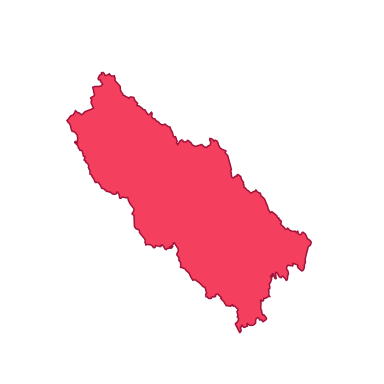 map outline of Tver' (Natural Earth projection), rotated 62°
{"feature_id": "RUS-2358", "entity_name": "Tver'", "entity_type": "Region", "adm_level": 1, "iso_a3": "RUS", "parent_name": "Russia", "parent_adm1": "", "projection": "natural_earth1", "projection_center": [34.924, 57.251], "detail": "fine", "context": "isolated", "style": "filled", "palette": "rose", "viewbox_px": 384, "rotation_deg": 62, "n_neighbors": 0, "source": "natural_earth", "source_scale": "10m", "svg_char_len": 6069}
<svg xmlns="http://www.w3.org/2000/svg" viewBox="0 0 384 384"><g transform="rotate(62 192 192)"><path d="M312.3,129.2L313.3,130.7L313.4,131.3L313.0,132.3L308.8,133.9L307.3,133.8L306.6,133.0L305.5,133.4L302.4,136.3L303.9,137.1L304.5,138.0L303.4,139.1L302.8,140.6L301.6,141.4L302.5,143.3L303.2,144.1L305.4,144.7L306.9,144.4L309.7,145.3L310.7,146.7L313.5,148.5L314.4,149.7L314.4,150.0L314.0,150.4L312.5,150.3L309.3,151.3L308.7,152.0L309.4,153.7L308.3,154.5L307.1,154.8L304.9,154.7L302.6,155.0L302.4,155.8L302.7,156.4L304.6,156.9L306.0,157.7L307.6,158.0L307.9,158.4L307.6,159.2L306.0,159.2L303.3,158.7L302.0,159.0L301.8,159.5L302.8,160.2L304.0,160.2L304.6,160.8L304.3,161.3L303.1,161.7L303.4,162.3L306.2,162.5L308.8,165.3L309.5,167.0L312.3,167.8L313.9,168.8L313.7,169.6L314.1,170.2L316.4,171.0L318.7,172.5L320.8,172.4L320.1,173.9L320.4,176.4L319.7,178.5L321.3,179.8L321.5,180.7L321.2,181.3L319.7,181.9L319.7,182.3L322.3,183.1L327.2,186.1L329.3,186.2L331.2,187.0L333.6,187.2L334.0,187.1L334.1,186.2L334.3,186.1L338.4,185.5L339.0,185.8L339.6,187.2L339.9,190.3L337.6,190.6L336.8,192.3L334.2,192.4L333.9,192.8L333.7,194.5L335.4,196.2L337.6,197.4L338.3,199.7L338.0,201.6L336.7,203.8L334.1,204.9L334.2,205.3L334.6,205.5L336.4,206.1L336.1,209.4L335.7,209.9L333.0,210.4L333.1,210.8L334.0,211.4L334.3,212.7L337.3,213.6L338.5,215.1L338.4,215.9L328.9,215.7L328.5,215.3L328.3,213.7L327.2,211.6L325.9,210.5L325.1,210.3L323.5,210.7L322.7,209.4L318.9,208.5L318.4,208.1L317.9,206.7L316.8,206.6L312.7,207.9L312.2,209.1L310.6,209.0L310.3,209.7L311.0,210.3L310.6,211.2L310.9,211.7L309.2,213.7L308.6,215.1L303.7,215.4L299.5,216.6L299.1,215.6L298.7,215.6L295.4,216.9L294.9,216.7L293.9,217.8L293.6,218.9L295.3,220.3L294.6,221.0L295.1,221.8L294.0,223.0L294.1,223.7L294.9,224.8L294.8,225.7L293.7,227.3L291.6,227.9L291.1,228.8L288.7,227.9L288.2,226.6L282.2,225.3L281.0,226.6L276.3,227.9L271.4,230.2L270.8,230.8L270.3,232.7L266.6,233.0L262.7,232.6L258.1,234.2L256.5,234.2L255.3,235.4L254.4,235.8L253.5,237.3L252.8,237.5L252.0,236.6L248.7,235.2L246.3,235.7L243.7,234.4L240.4,234.9L239.3,234.2L238.0,232.1L235.7,230.9L229.0,231.4L228.5,231.6L228.3,232.2L229.3,233.1L230.0,235.1L231.1,234.6L231.9,236.3L231.6,237.1L230.5,236.5L229.9,237.2L230.0,237.5L230.8,237.9L231.0,238.4L230.3,240.3L230.8,241.9L229.3,242.7L226.9,242.6L224.7,243.1L224.4,244.0L225.4,244.9L225.3,245.9L223.7,247.1L223.2,248.3L222.2,249.3L223.6,250.7L223.4,251.8L222.8,252.2L220.9,252.3L218.9,253.6L217.2,256.4L217.1,257.6L214.2,257.1L212.4,255.8L211.5,255.8L203.3,257.4L201.9,256.7L200.7,256.6L198.1,258.7L195.6,259.1L185.4,254.2L183.4,255.2L182.8,254.9L181.7,252.7L180.0,251.3L178.6,251.2L173.9,252.2L169.5,252.1L166.9,251.3L166.4,251.6L166.3,252.8L163.9,255.5L163.7,256.2L164.2,257.5L163.8,258.5L162.9,258.6L160.2,257.6L157.2,257.7L156.8,258.3L157.9,259.6L158.0,260.2L157.5,261.8L156.2,263.2L153.5,264.3L153.2,265.2L152.3,265.7L151.4,267.1L147.4,268.5L146.9,269.5L146.2,270.0L142.7,269.7L139.8,270.3L139.1,270.9L138.5,272.5L137.4,273.0L134.2,272.5L131.7,273.0L130.0,272.5L128.4,273.7L124.9,272.0L123.6,272.2L121.4,271.9L120.9,271.2L119.3,270.7L117.3,271.0L115.9,271.8L114.5,271.3L114.0,272.0L113.1,272.3L110.9,270.0L108.9,271.1L107.5,270.3L106.0,270.2L104.6,269.7L103.5,269.9L102.9,271.1L102.5,271.4L100.3,271.3L99.6,271.7L98.3,271.1L97.2,271.1L93.3,272.3L92.9,272.1L92.6,271.6L92.8,270.9L94.6,270.4L94.8,270.0L92.6,269.0L91.1,267.8L87.7,266.6L84.2,267.4L83.6,267.7L82.4,269.1L81.5,269.5L74.8,267.9L72.2,268.7L70.1,268.8L69.8,267.5L67.8,263.5L68.1,260.6L66.8,258.3L65.5,256.8L68.5,255.5L69.3,254.4L71.6,253.5L72.1,252.3L71.5,251.1L70.8,248.6L71.8,240.8L71.6,239.6L65.7,239.2L64.4,238.2L63.8,237.2L61.6,237.5L61.2,236.9L61.1,233.5L60.4,232.3L58.1,232.0L54.8,230.9L53.2,230.7L52.9,230.2L53.1,228.6L55.7,223.3L55.0,220.5L54.2,220.2L51.5,220.9L50.2,220.2L49.0,221.8L47.8,221.7L47.2,221.1L45.4,218.4L45.7,216.5L44.5,216.3L44.1,215.9L44.8,214.3L46.3,213.9L48.3,214.1L49.0,211.9L48.8,209.5L50.7,209.2L51.8,208.7L52.4,207.7L52.9,206.0L55.8,206.6L57.2,207.7L65.0,205.8L67.6,207.0L69.2,207.4L70.4,207.5L72.3,207.1L74.1,207.4L75.3,206.3L77.3,205.3L78.4,204.1L79.6,203.8L79.2,202.2L79.3,201.3L81.2,199.0L84.5,199.5L88.1,198.4L89.5,199.9L89.9,200.0L91.1,198.3L92.2,198.0L94.3,196.8L96.2,196.4L97.3,195.0L100.9,194.8L103.3,194.3L103.4,192.0L102.6,191.0L102.6,190.3L104.2,190.4L106.1,192.0L108.0,192.3L108.6,192.1L109.9,190.5L112.6,190.1L114.0,188.9L116.7,188.2L118.2,187.4L119.2,185.8L119.3,184.2L119.6,183.8L122.5,182.7L124.5,180.9L127.4,181.4L129.4,181.2L133.9,182.2L135.3,181.7L135.4,180.6L140.3,181.3L141.0,182.4L141.5,182.6L143.4,182.4L141.4,179.0L141.1,176.8L141.7,176.2L144.0,175.7L145.0,173.6L144.3,171.8L144.6,171.2L148.0,169.8L150.6,169.6L153.0,167.9L153.8,166.5L153.7,165.0L154.2,163.8L154.5,161.2L158.1,159.9L159.5,158.1L158.8,155.7L159.2,155.1L158.9,153.7L156.7,152.0L155.1,152.1L153.4,151.5L153.1,151.0L154.0,150.0L155.6,148.9L157.4,148.7L157.5,148.3L157.1,147.3L158.6,146.1L160.2,145.9L163.5,146.6L166.4,146.5L168.9,145.1L171.4,142.8L172.1,143.1L172.5,144.0L173.2,144.3L176.7,143.4L190.2,146.5L190.8,146.8L191.7,148.2L193.3,148.2L196.6,149.7L198.0,149.8L199.0,149.0L198.4,146.3L199.0,145.2L197.9,143.9L198.1,143.3L199.2,142.6L201.4,141.7L203.9,142.4L207.8,142.0L209.0,142.9L210.4,142.9L211.9,143.9L213.6,143.0L215.9,142.6L217.3,141.7L220.1,140.7L220.7,140.2L220.7,139.3L220.4,137.6L221.0,135.8L220.3,135.0L220.2,134.6L222.8,134.2L225.2,132.2L227.6,132.8L231.6,131.4L232.7,131.3L240.5,132.1L242.7,132.7L246.5,132.6L247.2,132.5L246.8,131.0L247.4,130.4L252.6,128.3L254.6,128.5L255.4,128.2L255.8,127.5L257.7,128.1L258.1,127.8L258.4,127.1L259.7,127.0L261.3,127.8L261.6,128.8L262.0,128.9L266.4,127.3L268.1,127.2L268.8,126.7L269.3,125.8L269.1,125.1L268.7,124.7L268.9,124.4L271.9,123.6L274.1,121.5L275.1,119.2L276.7,118.9L276.2,117.4L276.3,117.0L279.0,117.7L280.5,116.6L280.6,115.8L279.4,113.4L279.9,112.7L282.5,111.6L287.3,112.0L290.2,110.5L291.3,110.3L292.5,110.4L294.5,112.4L294.8,114.8L295.1,115.2L302.5,122.0L305.2,124.0L307.3,124.8L308.9,126.8L311.0,128.0L312.3,129.2Z" fill="#f43f5e" stroke="#9f1239" stroke-width="1.5"/></g></svg>